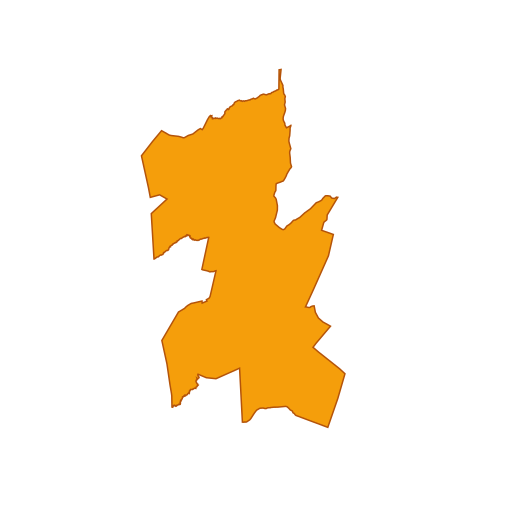 the district of Ndola, Copperbelt, Zambia, rotated 31°
{"feature_id": "96606910B76631115886164", "entity_name": "Ndola", "entity_type": "district", "adm_level": 2, "iso_a3": "ZMB", "parent_name": "Zambia", "parent_adm1": "Copperbelt", "projection": "natural_earth1", "projection_center": [28.528, -12.946], "detail": "fine", "context": "isolated", "style": "filled", "palette": "amber", "viewbox_px": 512, "rotation_deg": 31, "n_neighbors": 0, "source": "geoboundaries", "source_scale": "gbopen_adm2", "svg_char_len": 6139}
<svg xmlns="http://www.w3.org/2000/svg" viewBox="0 0 512 512"><g transform="rotate(31 256 256)"><path d="M106.2,229.1L128.7,252.9L135.2,260.2L141.9,253.2L150.4,253.0L144.4,273.6L170.1,311.1L170.5,310.8L171.8,307.7L172.6,307.2L172.9,306.5L173.1,305.4L173.8,304.2L174.5,303.9L174.8,303.2L175.3,302.8L175.3,302.3L175.5,301.6L175.4,301.3L175.1,301.1L175.1,300.5L175.7,299.8L176.3,297.8L176.9,296.9L177.3,296.9L177.5,296.7L177.8,295.6L177.3,294.0L177.3,293.0L177.7,292.5L177.3,292.4L177.3,291.9L177.8,291.4L178.0,290.4L178.3,290.2L178.6,289.6L178.5,288.8L178.8,288.6L178.8,288.0L179.5,287.0L179.5,286.7L179.9,286.5L180.1,285.7L180.5,285.7L181.0,284.4L180.8,284.1L180.9,283.7L180.7,283.6L180.9,283.2L181.5,282.7L181.6,281.6L181.9,281.2L181.9,280.8L182.3,279.8L183.2,279.3L183.4,278.1L184.0,277.3L184.1,276.9L184.6,276.5L184.7,276.2L185.4,275.9L185.5,275.6L185.1,275.4L185.3,275.0L186.2,274.6L186.5,274.1L186.4,273.8L185.9,273.9L185.7,273.7L185.8,273.3L186.3,273.4L186.6,273.0L187.3,273.0L188.0,272.7L188.2,273.0L188.7,273.0L189.0,272.7L189.3,272.9L189.2,273.5L190.4,274.3L191.6,274.0L191.9,274.1L191.8,274.3L192.4,274.3L192.5,274.6L193.0,274.6L193.2,274.2L193.5,274.6L194.0,274.4L194.1,273.9L195.4,274.0L195.7,273.4L196.8,273.3L198.4,272.4L198.4,272.1L199.2,271.5L199.4,270.6L199.9,270.0L200.6,269.6L201.7,268.1L202.5,267.5L202.7,267.0L203.6,266.6L204.1,265.7L205.6,264.5L205.9,264.4L216.5,295.4L217.5,295.3L221.4,294.0L223.3,293.5L224.2,293.5L225.0,293.1L225.3,292.7L226.6,291.9L227.7,291.2L228.7,289.7L229.3,289.2L237.5,314.4L237.5,316.2L237.3,316.7L236.0,319.0L237.2,319.9L234.1,324.1L232.9,322.4L226.7,328.4L224.9,330.0L222.9,333.7L222.0,336.3L221.8,337.6L218.4,343.9L218.8,376.9L235.2,394.3L248.7,410.8L254.2,417.2L255.8,419.2L261.8,428.8L262.4,428.6L262.3,428.3L262.5,428.0L262.3,427.7L262.4,426.4L262.9,426.0L263.2,426.3L263.6,425.8L263.9,425.8L264.0,426.1L264.7,426.1L264.9,425.8L264.8,425.4L265.1,425.3L265.0,424.7L265.4,424.5L265.6,424.0L266.0,423.7L266.1,423.0L266.7,423.0L267.0,422.4L267.4,422.2L267.1,421.2L266.5,421.1L266.5,419.9L266.1,419.6L266.3,419.2L265.9,419.0L265.7,418.4L265.9,417.9L266.3,418.0L266.3,417.9L266.0,417.6L266.0,417.0L266.3,416.7L266.3,416.3L265.6,414.6L266.1,414.5L266.3,414.0L266.3,413.4L266.5,413.5L266.8,413.2L266.6,412.1L267.2,412.1L267.3,411.7L267.7,411.9L267.8,411.2L268.5,410.2L268.4,409.2L268.9,408.5L268.7,408.3L268.7,408.1L269.1,407.9L269.5,408.1L269.5,407.8L268.9,406.8L268.9,406.2L268.5,406.1L268.5,405.5L268.8,405.0L268.6,404.5L268.9,403.8L269.8,403.6L270.3,403.2L270.6,402.8L270.5,402.1L271.0,401.9L271.4,400.9L272.6,400.5L272.3,399.9L272.2,399.2L272.7,398.4L272.5,397.5L272.8,397.0L272.9,396.5L272.3,396.6L272.0,395.8L271.1,395.8L270.5,395.5L270.1,394.9L269.3,394.7L268.7,393.3L268.8,392.8L269.1,392.9L269.2,392.4L268.9,391.8L268.5,391.4L268.9,391.5L269.0,391.2L269.4,391.2L269.4,390.5L269.8,390.1L269.8,389.5L269.2,389.0L268.7,388.9L267.7,388.3L267.3,387.9L267.2,387.2L276.1,385.9L284.9,381.8L299.7,360.6L329.9,405.4L331.4,404.6L331.6,404.2L332.5,403.8L333.4,403.1L335.0,399.7L335.3,398.0L335.5,391.5L335.9,387.9L337.5,384.9L338.0,384.3L339.9,383.0L340.8,382.5L342.1,382.2L343.2,381.6L344.3,380.0L346.4,378.7L346.5,378.4L349.3,376.3L352.4,374.4L358.9,369.6L360.3,369.2L362.4,369.6L364.6,370.3L367.1,370.2L368.4,371.3L369.9,371.3L371.3,371.9L372.3,372.1L405.8,365.9L399.5,336.0L392.9,311.1L385.7,309.6L359.5,306.2L351.9,304.9L352.4,300.0L356.0,277.8L347.3,278.1L341.4,277.0L335.9,273.7L331.5,268.8L330.1,269.9L329.1,271.2L328.9,272.1L328.2,272.7L327.0,273.3L325.1,273.8L324.6,274.1L322.6,256.0L318.0,218.5L311.2,197.7L299.0,200.2L296.9,192.6L296.9,191.7L298.0,188.8L297.9,188.0L295.9,184.2L295.9,163.6L294.6,164.1L294.2,165.2L293.6,166.3L291.4,167.3L290.6,167.2L288.7,166.5L286.7,167.3L284.9,168.3L284.4,168.9L283.6,172.3L283.6,173.8L283.2,175.0L281.8,177.3L280.2,179.3L278.3,187.6L275.6,193.8L273.7,200.3L271.8,203.7L271.4,204.7L270.1,205.7L269.7,206.3L268.9,210.2L268.1,212.3L267.0,214.4L266.7,218.1L265.9,219.3L264.8,219.7L261.2,219.6L255.9,218.7L254.8,218.0L253.9,217.4L253.5,216.6L253.0,213.1L250.7,205.7L248.5,201.9L244.1,197.0L242.8,196.2L240.5,195.5L240.0,194.6L239.3,191.7L239.3,189.9L239.1,189.3L237.2,186.0L236.1,183.8L236.6,182.8L239.2,179.7L239.8,178.7L240.5,178.1L240.8,177.0L240.8,174.1L240.6,171.3L240.3,170.4L240.2,167.0L240.2,163.8L240.5,162.6L240.5,161.2L237.7,158.6L234.6,154.0L231.8,150.4L231.1,149.1L230.8,147.8L230.6,146.1L226.3,142.0L225.0,140.6L223.6,137.9L223.0,135.7L220.6,130.9L219.3,128.7L218.8,126.3L218.6,126.1L218.0,127.4L216.1,130.4L213.4,128.9L212.2,127.3L210.3,126.2L209.1,125.1L208.4,124.1L207.7,122.6L207.3,121.0L206.8,118.3L206.2,116.1L205.4,114.4L202.6,111.8L201.7,109.0L199.7,106.3L199.0,104.2L197.6,103.2L196.4,102.7L195.7,102.0L193.3,98.7L192.0,97.3L191.2,95.9L186.2,92.5L185.2,91.3L181.4,83.2L179.9,84.5L189.6,101.1L189.1,102.4L188.3,103.1L187.8,104.4L186.8,105.5L186.2,106.8L185.2,107.9L185.0,109.3L183.9,110.0L183.7,110.4L183.2,110.6L182.8,111.5L182.6,111.5L181.8,112.6L179.2,113.3L178.6,113.8L178.0,114.8L177.7,114.9L176.8,116.3L176.7,117.2L175.6,119.9L174.5,121.7L173.8,122.0L172.5,122.1L171.9,123.2L170.9,124.2L170.7,125.0L169.8,125.7L169.7,126.0L169.1,126.4L168.8,126.9L167.7,128.0L166.8,128.5L166.5,129.3L165.5,129.4L164.8,130.0L164.6,130.5L163.6,130.4L163.5,130.7L162.4,131.1L161.6,130.9L160.3,132.3L159.8,133.4L159.1,134.3L158.6,135.4L158.6,136.1L158.9,137.7L158.4,138.2L158.4,139.2L158.1,139.8L157.6,140.4L156.8,142.1L157.1,144.4L156.9,144.7L155.9,144.4L155.6,144.8L155.6,145.9L155.3,146.4L155.3,147.1L155.1,147.6L155.1,148.6L156.0,150.0L155.8,152.3L155.8,153.5L155.4,153.7L155.2,154.2L155.6,154.7L155.6,155.1L155.1,155.5L155.0,156.1L154.8,156.6L154.0,156.7L153.7,157.2L153.4,157.4L151.7,157.8L151.6,158.1L151.0,158.3L150.7,158.8L150.0,158.6L149.7,159.3L148.5,159.9L148.5,160.5L147.9,160.8L147.0,159.6L145.9,160.0L145.7,159.9L145.7,158.6L144.9,159.2L144.6,159.1L144.2,160.5L144.2,164.2L145.0,173.6L144.8,175.4L142.7,175.4L141.4,177.7L139.0,184.0L135.9,187.5L133.7,191.4L133.0,192.0L132.5,192.2L131.3,192.4L128.1,193.3L121.5,196.3L119.5,197.0L110.5,197.2L108.4,210.7L106.2,229.1Z" fill="#f59e0b" stroke="#b45309" stroke-width="1.5"/></g></svg>